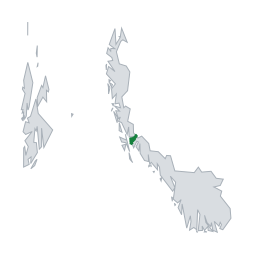 Hábmer smj 2, Nordland, Norway (highlighted), rotated 273°
{"feature_id": "86288312B17604167467724", "entity_name": "Hábmer smj 2", "entity_type": "district", "adm_level": 2, "iso_a3": "NOR", "parent_name": "Norway", "parent_adm1": "Nordland", "projection": "robinson", "projection_center": [15.771, 67.88], "detail": "fine", "context": "in_parent", "style": "filled", "palette": "green", "viewbox_px": 256, "rotation_deg": 273, "n_neighbors": 0, "source": "geoboundaries", "source_scale": "gbopen_adm2", "svg_char_len": 7258}
<svg xmlns="http://www.w3.org/2000/svg" viewBox="0 0 256 256"><g transform="rotate(273 128 128)"><path d="M158.8,120.2L148.0,122.7L149.8,124.4L147.2,129.2L134.7,127.3L131.9,133.1L123.4,133.8L118.5,138.5L120.6,142.1L113.6,149.5L106.4,151.3L105.9,159.5L99.3,166.8L102.6,168.0L102.5,171.9L87.6,177.0L86.9,196.5L92.6,200.3L87.8,203.9L89.1,213.2L82.4,218.7L81.9,225.8L75.4,223.1L73.6,216.8L69.9,224.9L64.8,223.8L52.9,234.2L43.2,235.5L31.4,228.0L32.4,224.9L36.3,226.4L38.6,225.0L34.7,224.0L39.3,219.0L28.6,222.6L30.4,218.1L37.9,216.3L34.0,215.8L37.6,211.9L44.8,209.0L37.8,210.7L29.1,218.2L29.9,213.4L33.9,213.0L29.7,209.7L34.0,207.2L29.6,207.7L29.1,203.5L45.4,204.4L50.1,201.8L30.0,202.0L32.1,198.9L29.2,194.8L37.8,195.8L43.6,194.9L31.1,191.9L55.0,186.0L44.2,186.1L51.1,182.2L59.3,184.8L55.8,181.5L59.3,177.0L76.4,178.4L82.1,172.8L70.9,177.9L67.2,175.9L82.7,162.7L90.6,161.5L93.8,159.1L87.8,159.7L94.9,153.0L93.0,151.6L102.6,149.6L95.6,150.3L96.4,146.2L103.3,141.5L113.1,140.7L105.8,140.0L109.7,137.0L114.5,139.2L115.2,137.5L108.5,134.7L117.6,130.5L119.9,134.0L119.1,129.6L129.1,128.6L121.4,127.5L133.1,121.3L134.2,118.2L138.6,119.8L136.8,118.0L144.6,114.9L144.4,118.7L149.2,113.5L147.8,119.5L152.4,117.7L151.4,113.8L161.4,114.6L156.6,110.8L166.2,109.5L171.4,113.1L180.9,103.6L188.4,105.4L183.7,112.0L193.6,104.5L194.6,109.2L197.5,108.2L201.3,102.8L207.1,103.9L203.9,106.7L206.6,106.7L206.5,110.7L210.4,104.9L226.6,109.8L210.9,111.6L218.1,115.5L227.3,116.4L213.6,122.7L215.8,118.2L214.1,116.2L203.5,112.4L191.6,116.0L189.8,123.0L184.1,126.9L165.2,125.6L158.8,120.2ZM118.8,23.4L128.9,25.4L128.0,29.0L132.6,27.1L134.5,30.0L152.2,34.5L137.8,37.6L122.1,52.9L104.1,45.0L123.3,41.7L104.8,42.7L102.2,40.5L124.9,37.2L120.2,36.5L122.4,35.1L108.8,34.6L108.5,37.3L98.7,38.8L87.4,32.7L94.1,32.7L91.5,29.8L86.5,31.2L83.5,25.8L102.6,24.9L104.1,25.8L95.3,27.4L104.2,29.4L109.9,25.7L119.5,32.5L116.2,26.2L118.8,23.4ZM140.7,20.5L157.1,23.4L161.3,20.5L163.3,20.8L162.2,22.5L170.2,21.3L188.3,24.5L168.3,30.6L143.7,28.1L140.7,27.2L147.7,25.9L134.6,25.8L131.6,24.3L135.4,23.5L129.4,22.8L138.4,22.9L137.3,21.5L140.9,22.2L140.7,20.5ZM153.7,35.7L166.0,39.5L163.9,40.9L175.8,42.9L162.4,47.0L159.9,46.6L161.4,44.6L149.9,45.4L154.4,41.4L144.8,36.7L153.7,35.7ZM115.8,127.2L121.6,125.7L104.5,130.9L113.2,126.7L113.7,122.4L118.5,120.2L115.8,127.2ZM124.9,119.3L132.8,119.0L123.5,122.2L124.9,119.3ZM132.7,116.9L143.9,112.8L138.0,117.1L132.7,116.9ZM82.2,33.1L90.2,37.1L92.0,38.8L85.6,36.8L82.2,33.1ZM110.4,122.9L111.7,126.7L105.4,125.7L110.4,122.9ZM171.4,105.4L167.2,107.9L161.0,106.8L168.0,106.3L171.4,105.4ZM172.3,107.2L170.6,110.2L167.9,109.4L172.3,107.2ZM97.4,131.2L103.5,130.3L96.8,132.8L97.4,131.2ZM228.1,22.4L215.2,23.0L228.5,22.3L228.1,22.4ZM197.9,32.5L205.6,33.1L194.0,33.5L197.9,32.5ZM184.8,103.3L189.3,102.7L190.8,103.3L184.8,103.3ZM175.3,106.5L174.4,108.1L173.1,106.7L175.3,106.5ZM151.5,110.8L151.5,112.4L149.7,111.9L151.5,110.8ZM139.4,70.9L138.9,72.4L136.7,71.2L139.4,70.9ZM188.5,34.8L185.0,34.6L184.6,34.1L188.5,34.8ZM79.0,162.7L80.2,164.2L76.8,163.8L79.0,162.7ZM143.8,110.5L146.1,111.1L147.4,112.0L143.8,110.5ZM131.7,21.3L133.2,22.1L130.9,21.8L131.7,21.3ZM61.0,175.9L57.1,176.1L61.2,175.2L61.0,175.9ZM55.3,178.3L53.8,179.6L53.1,178.9L55.3,178.3ZM95.8,133.2L93.7,134.5L96.0,132.3L95.8,133.2ZM28.9,210.3L28.3,212.3L28.2,209.7L28.9,210.3ZM91.4,151.9L90.5,150.7L91.8,150.8L91.4,151.9ZM219.0,113.9L218.6,115.3L218.4,115.0L219.0,113.9ZM92.4,152.9L90.2,153.2L92.9,152.7L92.4,152.9ZM85.9,155.5L86.1,156.6L85.0,156.2L85.9,155.5ZM28.5,201.9L27.5,203.1L27.8,202.1L28.5,201.9Z" fill="#d9dde1" stroke="#a8b0b8" stroke-width="1"/><path d="M116.5,135.0L117.1,135.2L117.3,135.1L117.4,135.3L117.6,135.4L117.4,135.5L117.5,135.6L117.8,135.5L118.0,135.4L117.9,135.5L118.1,135.6L118.4,135.5L118.1,135.7L118.4,135.7L118.8,135.9L118.7,136.3L119.9,137.1L120.6,137.4L121.3,136.8L121.7,136.3L121.5,136.1L121.2,135.8L120.9,135.9L120.5,135.8L120.6,135.7L120.1,135.3L120.3,135.3L120.1,135.2L119.8,135.0L119.6,135.1L119.1,135.2L118.9,134.9L118.9,134.7L118.7,134.6L118.8,134.5L118.6,134.4L118.4,134.3L118.2,134.1L118.0,133.9L118.3,133.7L118.2,133.6L118.1,133.2L118.3,133.2L117.9,132.8L117.6,132.5L117.4,132.5L117.3,132.4L117.2,132.2L116.8,132.1L117.3,132.0L117.3,131.9L117.2,131.9L117.8,131.7L117.7,131.5L117.6,131.3L117.7,131.2L117.3,131.0L117.4,130.8L117.4,130.7L117.6,130.7L117.2,130.5L117.3,130.6L117.2,130.7L117.3,130.7L117.1,130.7L117.1,130.8L116.7,130.8L116.8,130.7L116.7,130.7L116.4,130.8L116.5,131.0L117.1,131.3L116.9,131.3L116.6,131.3L116.8,131.3L116.6,131.4L116.8,131.5L116.4,131.7L116.2,131.6L116.1,131.8L115.8,131.8L115.8,131.7L115.7,131.7L115.5,131.8L115.0,131.9L114.9,132.0L115.0,132.1L114.9,132.1L115.0,132.2L114.8,132.2L114.7,132.1L115.0,131.9L114.7,131.8L114.9,131.8L114.5,131.7L115.4,131.7L115.5,131.6L115.4,131.5L115.4,131.4L115.2,131.4L115.4,131.3L115.5,131.3L115.5,131.2L115.4,131.1L115.5,131.1L115.4,131.1L115.2,131.1L115.3,131.2L115.2,131.1L114.9,131.0L115.1,131.0L115.0,130.9L114.9,131.0L114.9,130.9L114.5,131.0L114.8,131.0L114.7,131.1L114.8,131.1L114.7,131.1L114.8,131.1L114.7,131.2L114.8,131.2L114.7,131.2L114.8,131.3L114.5,131.4L114.4,131.3L114.5,131.5L114.3,131.5L114.2,131.5L114.0,131.4L114.1,131.5L113.9,131.6L114.1,131.7L113.8,131.6L113.7,131.5L113.8,131.5L113.9,131.4L114.0,131.4L113.9,131.4L113.7,131.3L113.8,131.2L113.6,131.2L113.7,131.3L113.6,131.2L113.7,131.3L113.4,131.3L113.5,131.3L113.1,131.4L113.2,131.5L113.0,131.4L113.0,131.5L112.9,131.7L113.0,131.7L113.1,131.9L112.9,131.9L113.0,131.8L112.9,131.7L112.7,131.7L112.6,131.8L112.5,132.0L112.4,132.0L112.5,132.0L112.3,132.1L112.1,132.2L112.1,132.3L112.3,132.4L112.2,132.5L112.4,132.6L112.6,132.7L112.9,132.6L112.9,132.8L113.1,132.7L113.1,132.8L113.2,132.7L113.3,132.7L113.1,132.5L113.1,132.4L113.3,132.3L113.6,132.3L113.6,132.2L113.8,132.3L113.9,132.2L113.7,132.2L113.9,132.2L114.0,132.2L113.9,132.0L114.0,132.0L113.9,131.9L114.0,131.9L113.9,131.9L114.0,131.8L114.5,132.0L114.3,132.1L114.5,132.2L114.3,132.2L114.5,132.2L114.4,132.3L114.5,132.3L114.4,132.3L115.4,132.3L115.6,132.4L116.2,132.4L116.0,132.5L116.3,132.4L116.1,132.3L115.9,132.4L115.7,132.3L115.8,132.3L115.9,132.2L116.0,132.3L116.3,132.2L116.2,132.3L116.5,132.4L117.1,132.5L117.4,132.6L117.2,132.7L117.2,132.8L117.6,132.8L117.3,132.9L117.2,132.8L117.4,133.0L117.1,133.0L116.9,133.1L116.6,133.0L117.0,133.1L116.7,133.3L116.6,133.5L116.4,133.6L116.3,133.3L116.1,133.2L115.6,133.1L115.4,133.3L115.6,133.3L115.7,133.5L115.3,133.8L115.7,134.0L115.8,134.1L115.6,134.3L116.0,134.4L116.3,134.5L116.6,134.5L116.9,134.7L116.8,134.8L116.6,134.9L116.5,135.0ZM115.8,132.5L115.1,132.4L115.0,132.5L114.8,132.4L114.2,132.6L113.9,132.6L113.6,132.7L113.6,132.8L113.9,132.8L114.0,132.9L114.8,132.9L115.1,132.9L115.3,132.8L115.5,132.8L115.5,132.7L115.2,132.7L115.5,132.6L115.9,132.8L116.4,133.0L116.6,133.0L117.1,132.8L117.1,132.7L116.9,132.6L116.7,132.6L116.2,132.5L115.9,132.5L115.8,132.5ZM116.2,131.2L115.9,131.2L115.9,131.3L115.6,131.4L116.0,131.5L116.3,131.5L116.2,131.5L116.3,131.5L116.2,131.5L116.3,131.4L116.1,131.4L116.3,131.4L116.2,131.3L116.2,131.2L116.4,131.3L116.4,131.2L116.2,131.2L116.2,131.2ZM113.5,132.9L113.3,133.0L113.6,133.0L113.8,132.9L113.5,132.9ZM113.4,132.4L113.1,132.4L113.5,132.5L113.4,132.4Z" fill="#22c55e" stroke="#15803d" stroke-width="1.5"/></g></svg>